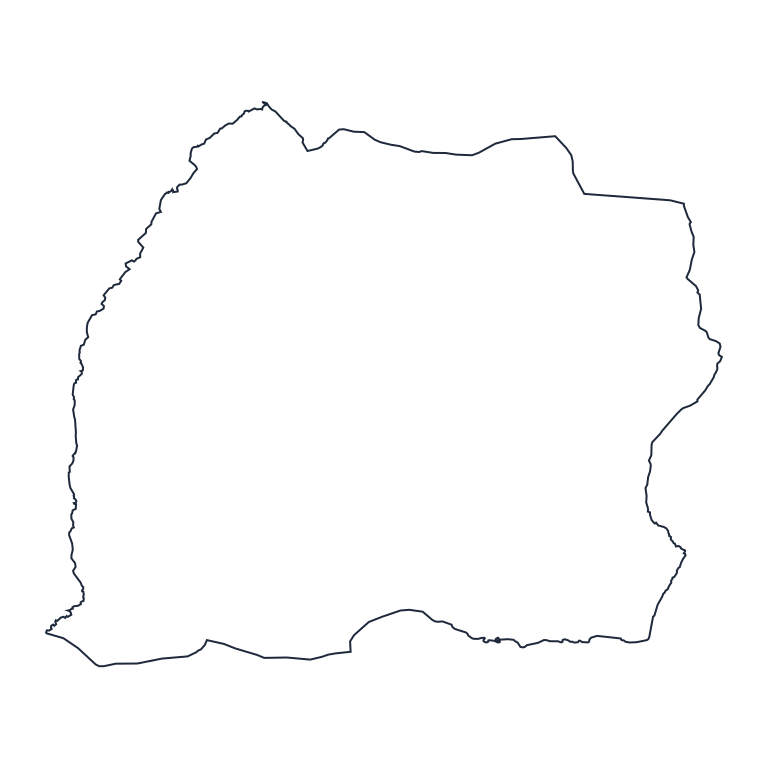 the district of Oppegård nor, Akershus, Norway
{"feature_id": "86288312B19466548216946", "entity_name": "Oppegård nor", "entity_type": "district", "adm_level": 2, "iso_a3": "NOR", "parent_name": "Norway", "parent_adm1": "Akershus", "projection": "robinson", "projection_center": [10.813, 59.794], "detail": "fine", "context": "isolated", "style": "outline", "palette": "slate", "viewbox_px": 768, "rotation_deg": 0, "n_neighbors": 0, "source": "geoboundaries", "source_scale": "gbopen_adm2", "svg_char_len": 5993}
<svg xmlns="http://www.w3.org/2000/svg" viewBox="0 0 768 768"><path d="M520.4,646.9L522.9,647.4L524.9,646.9L526.9,645.2L538.1,642.8L544.0,640.0L546.9,640.2L549.4,641.2L557.9,641.3L561.5,642.4L562.5,641.8L562.5,640.4L562.9,639.8L565.0,639.3L568.3,640.4L570.5,641.9L571.8,641.6L574.5,642.6L577.9,642.2L579.0,640.7L579.8,640.6L582.2,642.1L588.0,642.4L589.0,641.7L589.7,639.1L591.3,637.6L597.1,635.9L620.3,638.4L620.9,638.6L621.0,639.5L621.6,640.0L623.9,640.5L625.6,641.8L629.5,642.5L636.6,642.2L646.9,640.1L648.3,639.1L649.2,637.3L653.1,616.6L654.4,615.6L657.7,604.6L662.1,596.9L663.3,593.6L664.4,593.0L665.6,590.7L668.1,588.9L668.1,588.1L669.5,585.3L671.3,582.7L671.1,580.7L672.5,578.7L672.5,577.6L674.2,577.0L676.5,573.7L677.0,572.4L676.8,570.6L678.6,567.7L679.7,567.2L681.2,562.6L683.1,558.8L685.6,555.3L685.1,554.0L683.8,553.3L684.9,551.8L685.1,550.5L681.5,548.8L680.9,548.3L680.7,547.3L678.6,546.0L676.0,546.5L675.0,543.8L673.7,543.2L672.7,541.4L670.8,539.5L671.0,537.1L669.1,535.8L669.4,535.1L668.4,532.9L668.1,530.8L666.1,528.2L663.6,526.9L658.3,525.5L656.1,522.7L655.6,523.4L654.5,523.4L651.7,520.2L650.0,514.8L650.0,512.4L647.8,511.6L648.1,509.8L647.7,507.4L646.2,502.4L646.6,496.1L645.5,488.1L647.3,484.5L648.1,477.2L650.0,471.5L650.8,465.8L650.6,464.0L648.9,460.6L651.3,455.3L651.6,444.7L652.3,442.2L660.2,433.8L662.1,430.9L676.6,414.1L680.9,409.8L683.2,408.1L690.2,405.6L697.5,401.3L697.3,399.9L697.7,399.2L705.2,390.4L707.8,386.1L709.7,384.1L713.7,377.3L714.5,374.5L715.9,372.5L717.2,369.4L717.4,367.8L717.0,366.0L717.4,363.6L720.2,361.1L721.9,356.9L719.2,355.3L718.4,353.2L720.5,346.7L719.7,343.5L715.9,341.1L709.7,339.1L708.5,337.7L706.8,332.4L705.8,331.1L699.9,327.9L698.3,325.0L698.7,318.3L701.1,308.8L699.7,294.5L697.4,292.5L698.2,290.4L696.0,286.1L687.7,279.0L686.5,277.4L689.8,269.9L691.8,259.7L694.4,252.0L693.3,244.9L693.7,236.9L691.6,231.8L689.6,224.5L689.8,223.3L690.9,222.2L687.9,217.1L683.9,206.0L683.9,203.7L670.2,200.3L584.3,193.9L573.3,173.4L572.9,170.6L572.7,161.3L571.2,155.0L566.1,147.8L555.2,136.2L520.9,139.0L511.7,139.2L495.2,143.7L478.7,152.8L472.2,155.2L470.4,155.2L455.9,154.6L445.6,153.0L433.1,152.9L421.8,151.1L419.1,152.0L414.5,151.6L399.7,146.1L390.7,144.7L380.4,142.2L374.6,139.6L364.3,132.1L353.9,131.7L343.7,129.2L339.1,129.6L329.1,138.2L327.9,138.5L327.6,139.8L325.3,142.7L323.9,143.1L323.1,144.1L322.7,145.5L320.7,147.1L317.7,148.6L307.5,151.0L302.5,142.4L303.1,140.3L302.9,138.2L298.3,134.1L294.6,128.9L289.8,125.5L289.3,124.6L286.4,122.4L286.5,121.7L284.1,120.9L275.4,111.5L271.6,109.5L268.8,106.4L266.8,103.2L262.2,101.8L266.2,104.9L264.2,105.6L262.7,107.2L262.1,109.5L260.7,109.0L256.8,109.4L254.5,108.4L248.7,111.5L248.0,110.8L245.7,110.8L244.5,111.5L244.0,113.5L241.8,115.3L241.6,116.3L239.7,116.8L237.2,119.8L232.7,123.7L228.9,123.5L225.2,125.5L221.8,128.4L220.2,128.6L217.6,132.8L214.1,133.6L209.9,137.8L205.9,139.6L204.2,143.6L201.3,144.6L198.6,146.4L197.9,145.7L196.9,146.8L194.2,147.0L192.5,147.9L191.7,149.3L190.6,153.5L190.7,155.7L189.5,160.8L195.0,165.3L196.4,167.2L197.0,169.1L193.4,173.2L190.5,178.1L186.4,183.2L182.0,184.6L179.6,184.6L177.2,187.1L177.0,188.7L177.7,190.1L177.7,191.5L173.2,192.2L173.1,190.4L172.2,190.5L172.0,189.6L171.2,191.0L169.9,191.8L168.7,191.8L168.4,192.9L166.9,192.5L166.5,193.2L165.1,193.8L160.9,200.1L159.3,208.9L160.9,211.9L156.0,213.4L151.5,221.8L151.3,224.3L146.1,229.0L145.9,232.9L138.1,239.9L138.2,241.8L143.3,247.6L140.1,253.6L140.2,257.2L136.5,258.8L135.5,260.3L134.0,261.6L131.9,260.3L125.6,263.5L126.0,266.3L129.6,269.2L125.2,272.2L119.8,279.3L121.2,280.8L119.2,283.9L113.9,285.0L112.2,287.7L109.3,288.4L103.6,295.3L105.3,297.6L104.9,300.1L102.3,302.3L101.6,303.9L103.9,306.0L103.6,308.6L99.9,310.8L96.9,311.5L95.6,314.4L92.1,315.1L87.7,322.7L86.9,327.0L86.8,332.1L88.2,337.2L85.3,339.7L83.8,344.7L80.9,345.8L79.5,350.4L79.8,352.5L79.2,353.6L79.2,358.9L80.8,360.8L81.0,362.1L80.5,362.9L81.7,364.1L83.1,367.6L82.8,370.4L80.8,371.1L81.7,371.6L81.8,373.9L78.0,377.3L78.0,379.4L76.2,379.8L75.9,381.2L76.1,382.7L74.4,383.3L73.7,385.4L72.7,394.5L74.1,397.5L73.7,399.2L74.7,400.3L74.7,405.0L73.1,409.6L74.3,417.3L75.0,419.3L75.9,432.3L75.7,436.3L76.3,443.3L77.1,445.5L76.0,451.5L75.1,452.6L75.3,453.3L73.9,454.2L72.6,456.0L73.6,457.4L73.4,460.7L72.3,463.4L69.5,466.5L69.8,471.9L68.8,472.6L68.7,476.7L69.5,484.1L70.4,488.0L74.1,494.4L73.6,495.7L74.1,496.2L73.9,498.2L75.5,499.4L76.4,501.2L75.8,502.7L73.8,503.1L74.1,503.8L76.1,504.3L75.7,508.9L72.7,510.3L72.1,513.4L71.3,514.3L71.4,518.8L73.3,522.1L73.1,525.6L73.8,527.5L71.8,528.3L70.4,531.3L69.2,532.7L69.1,535.1L72.1,543.4L72.8,549.7L71.5,554.8L71.4,558.3L75.1,563.2L75.6,566.9L73.1,570.7L73.8,573.4L80.5,582.4L82.0,586.0L83.3,587.1L83.1,589.4L82.1,590.3L82.1,591.3L83.4,591.8L83.8,595.0L83.3,596.1L83.2,597.6L83.8,598.2L83.5,600.9L81.5,601.6L80.6,602.5L80.9,604.1L78.2,605.7L73.8,606.3L72.5,607.2L72.8,608.7L71.3,608.9L70.4,609.9L67.9,610.5L69.1,610.9L70.7,612.4L71.3,614.8L67.8,616.8L66.6,616.0L65.2,617.9L63.5,616.8L61.0,617.5L57.2,620.9L55.8,620.3L55.3,621.4L56.1,624.3L54.2,625.8L53.2,624.6L51.2,625.8L51.0,627.8L51.7,628.9L49.2,630.5L46.8,630.4L46.1,632.5L46.5,633.3L63.4,638.2L78.0,648.1L95.6,664.4L99.2,666.2L103.8,666.2L115.7,663.7L137.4,663.5L161.9,658.6L187.6,656.4L196.2,652.3L198.3,650.5L200.8,649.5L204.9,644.9L206.9,640.1L223.8,643.9L235.2,648.4L257.3,655.0L264.2,657.9L286.8,657.5L310.2,659.6L322.0,656.8L328.1,654.7L335.4,653.4L350.6,651.8L350.1,641.4L354.0,635.2L368.8,622.0L382.3,616.7L400.5,610.5L409.2,609.8L422.7,611.7L432.2,619.8L435.0,621.4L437.9,621.8L442.4,621.4L451.6,624.7L452.5,627.1L455.0,629.0L466.0,632.5L467.5,633.8L468.4,635.7L471.8,638.1L473.6,638.8L478.3,638.9L481.5,637.9L484.4,637.8L484.8,638.4L483.4,640.2L483.5,640.9L484.5,641.9L486.4,642.5L488.2,641.7L488.3,640.6L489.0,640.2L494.2,640.8L497.9,642.5L499.5,642.2L499.9,641.9L499.4,640.9L495.9,639.9L495.7,639.3L496.1,638.7L498.0,637.7L499.9,639.7L508.0,639.2L513.6,639.8L515.3,641.4L517.6,642.5L520.4,646.9Z" fill="none" stroke="#1e293b" stroke-width="2"/></svg>